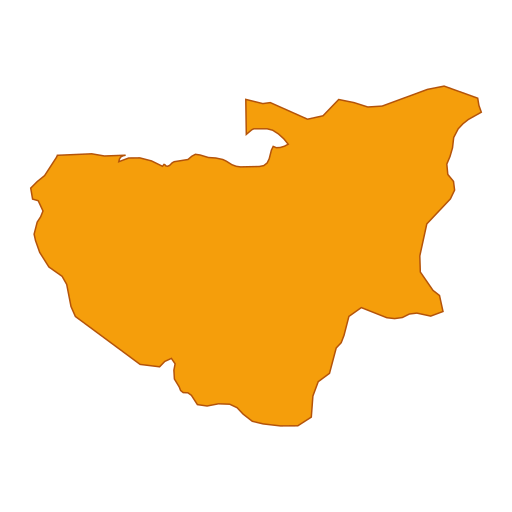 outline of Bursa
{"feature_id": "TUR-2264", "entity_name": "Bursa", "entity_type": "Province", "adm_level": 1, "iso_a3": "TUR", "parent_name": "Turkey", "parent_adm1": "", "projection": "mercator", "projection_center": [28.985, 40.083], "detail": "fine", "context": "isolated", "style": "filled", "palette": "amber", "viewbox_px": 512, "rotation_deg": 0, "n_neighbors": 0, "source": "natural_earth", "source_scale": "10m", "svg_char_len": 1714}
<svg xmlns="http://www.w3.org/2000/svg" viewBox="0 0 512 512"><path d="M57.4,155.3L91.7,153.8L104.5,156.0L125.6,155.2L123.0,155.8L120.9,156.9L119.5,158.9L118.8,161.7L128.7,158.0L139.9,157.9L151.5,160.9L162.5,166.3L164.0,164.4L164.9,164.7L165.8,165.9L167.5,166.3L169.6,165.4L172.2,162.8L174.2,161.7L188.0,159.5L191.7,156.3L195.4,154.3L200.1,155.0L208.4,157.5L215.8,158.0L222.8,159.5L226.2,161.1L231.9,164.7L236.2,166.3L240.5,166.9L259.4,166.5L263.8,165.6L267.2,162.9L269.2,158.8L271.4,150.1L273.2,146.4L276.3,147.7L280.2,147.5L284.5,146.2L288.2,144.2L283.8,138.8L278.4,133.9L272.6,130.2L267.2,128.8L253.8,128.8L251.7,129.8L246.3,134.4L245.8,99.4L262.8,103.6L270.3,102.6L307.5,119.2L323.0,115.8L338.7,99.5L354.0,102.6L367.8,107.0L382.1,106.1L427.4,89.4L444.1,86.1L477.7,98.2L478.9,105.4L481.3,112.2L468.3,119.5L463.0,123.7L458.2,128.8L453.7,137.5L452.5,147.9L450.0,156.5L446.8,164.1L447.8,174.4L453.5,181.4L454.6,190.1L450.4,198.9L426.8,223.9L419.8,255.9L420.3,272.0L433.0,290.4L439.5,295.5L443.0,311.5L430.7,316.1L416.9,313.1L409.4,314.0L402.4,317.5L394.6,318.6L386.8,317.7L361.3,307.6L348.9,316.4L344.0,335.4L341.2,342.7L336.2,348.0L329.5,373.3L318.2,381.7L312.9,396.0L311.3,417.1L297.8,425.8L280.3,425.9L263.1,423.9L252.3,421.3L243.1,414.1L237.1,407.7L229.7,404.2L218.4,403.8L207.1,406.0L197.4,404.6L191.4,395.3L187.9,392.8L183.2,392.6L180.6,390.5L179.2,386.9L174.4,379.0L173.9,370.2L175.1,363.8L171.4,358.4L164.8,361.4L159.6,366.8L140.1,364.4L75.4,316.5L71.0,306.5L66.7,284.4L62.1,276.3L48.9,267.0L39.7,252.4L35.5,240.5L34.1,234.2L37.2,222.1L40.6,216.9L43.0,211.0L38.2,200.7L32.6,199.1L30.7,188.1L37.3,181.5L44.6,175.6L56.3,157.6L57.4,155.4L57.4,155.3Z" fill="#f59e0b" stroke="#b45309" stroke-width="1.5"/></svg>